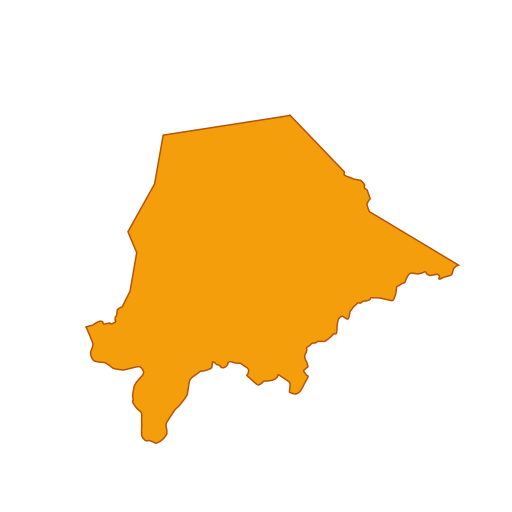 outline of La Virtud, Lempira, Honduras, rotated 71°
{"feature_id": "27666195B16098778662068", "entity_name": "La Virtud", "entity_type": "district", "adm_level": 2, "iso_a3": "HND", "parent_name": "Honduras", "parent_adm1": "Lempira", "projection": "mercator", "projection_center": [-88.659, 14.074], "detail": "fine", "context": "isolated", "style": "filled", "palette": "amber", "viewbox_px": 512, "rotation_deg": 71, "n_neighbors": 0, "source": "geoboundaries", "source_scale": "gbopen_adm2", "svg_char_len": 6123}
<svg xmlns="http://www.w3.org/2000/svg" viewBox="0 0 512 512"><g transform="rotate(71 256 256)"><path d="M330.6,67.5L251.4,134.0L250.8,134.2L249.9,134.4L247.8,134.5L244.1,134.4L243.2,134.2L242.8,134.0L240.9,132.1L240.1,131.1L239.4,129.8L239.1,129.5L238.7,129.4L234.8,129.4L230.3,129.4L229.8,129.5L229.3,129.7L228.3,130.6L227.8,130.9L227.3,131.1L226.7,131.2L226.2,131.2L225.7,131.1L225.4,130.9L224.7,130.3L224.1,130.1L223.3,130.3L222.0,130.7L220.0,131.6L218.6,132.3L215.1,138.5L213.0,140.8L210.2,144.3L209.3,145.2L208.2,146.0L207.6,146.1L207.1,146.0L206.1,145.5L205.4,145.0L133.8,178.1L134.1,178.6L111.5,304.4L154.8,328.4L191.4,369.2L214.0,367.7L248.2,386.5L260.5,399.0L260.5,400.6L260.7,401.8L261.1,403.2L261.8,404.7L266.9,407.2L267.2,407.5L267.5,408.2L267.7,408.6L268.2,409.0L268.7,409.3L269.8,409.8L270.4,410.0L271.0,410.1L271.8,409.9L272.1,410.0L272.4,410.2L272.7,410.6L273.0,412.6L273.2,414.2L273.2,414.9L273.1,415.2L272.9,415.5L272.0,415.9L271.6,416.5L271.2,419.9L271.0,421.3L270.7,422.2L270.4,422.5L270.0,422.6L269.7,422.6L269.3,422.4L268.9,422.3L268.5,422.3L268.1,422.5L267.7,422.9L267.3,423.6L267.0,424.1L266.9,424.8L266.8,426.5L267.1,428.6L267.4,430.1L268.0,431.9L268.2,432.6L267.7,439.8L267.9,439.9L268.2,440.0L269.7,439.6L270.9,439.5L281.5,438.8L284.5,438.7L285.9,438.8L286.7,439.0L289.0,440.4L290.4,441.5L292.0,443.0L293.0,443.6L293.7,443.9L294.5,444.1L296.6,444.5L298.3,444.5L300.0,444.3L301.4,443.8L302.4,443.2L302.9,442.7L303.5,441.9L304.8,439.7L305.9,437.4L307.0,434.7L307.6,433.7L308.9,432.4L311.5,430.4L314.9,428.2L315.6,427.6L316.2,426.8L317.4,424.9L318.8,422.4L320.4,419.0L320.6,418.3L320.8,416.8L321.1,413.9L321.9,405.7L322.1,404.1L322.6,402.5L322.8,402.0L323.3,401.6L324.4,400.9L325.6,400.4L327.1,400.1L328.8,400.0L329.8,400.3L330.5,400.8L331.4,401.7L332.3,402.9L334.3,406.7L336.5,410.3L338.2,412.3L339.0,413.1L339.9,413.8L343.4,415.9L346.9,417.7L348.9,418.5L350.6,418.6L351.5,418.8L352.1,419.1L353.1,419.8L353.8,420.1L354.6,420.1L355.5,420.0L356.9,419.7L358.3,419.3L360.7,418.5L362.7,417.6L363.6,417.1L364.9,416.2L365.6,415.8L366.8,415.5L367.9,415.5L368.9,415.7L372.7,417.1L378.4,419.0L385.6,421.7L388.1,422.4L389.1,422.5L389.9,422.5L391.2,422.2L392.7,421.6L393.9,421.0L394.6,420.4L395.0,419.9L395.3,419.3L395.4,418.8L395.5,417.6L395.9,416.6L396.7,415.6L397.8,414.3L400.5,411.7L400.4,409.7L400.2,408.0L399.8,406.3L399.2,404.6L398.8,403.5L398.3,402.5L397.1,400.6L395.8,398.8L395.0,398.2L393.8,397.7L391.6,397.0L388.6,396.6L387.4,396.4L385.8,395.8L385.0,395.3L384.1,394.4L381.1,390.7L377.2,385.6L375.5,383.4L374.3,381.4L373.1,378.4L371.2,375.1L368.1,370.4L365.4,366.8L364.7,366.2L362.0,364.7L358.6,362.8L355.1,361.1L353.7,360.3L352.0,359.1L351.1,358.1L350.4,356.9L349.6,355.0L348.1,349.7L347.2,347.2L346.9,346.1L346.9,345.5L347.0,345.1L347.5,343.6L347.7,342.5L347.9,340.1L347.8,336.8L347.6,335.6L347.4,334.6L347.2,334.3L346.9,334.0L342.4,331.7L342.0,331.5L341.9,331.3L342.0,331.1L342.2,330.9L343.3,329.9L344.1,329.4L345.3,328.9L345.8,328.5L346.2,328.0L346.8,326.9L347.5,326.2L348.1,325.8L349.4,325.4L350.0,325.1L350.5,324.5L350.8,323.8L351.1,323.0L351.1,322.1L350.9,321.1L350.6,320.1L350.0,319.0L349.6,318.4L348.9,317.8L348.1,317.4L347.6,316.9L347.4,316.3L347.3,315.5L347.5,314.7L347.9,313.9L348.4,313.2L349.5,311.9L350.2,310.7L351.5,308.0L352.0,306.2L352.4,305.6L354.8,303.9L358.5,301.0L359.5,300.4L360.5,300.2L361.6,300.2L362.2,300.4L362.8,300.7L363.8,301.3L364.8,302.1L365.3,302.7L365.8,303.5L366.2,303.5L377.0,297.4L377.9,296.7L378.6,295.9L378.8,295.4L378.8,294.9L378.5,293.3L378.1,291.8L377.7,291.0L377.1,289.9L376.9,289.1L377.1,288.2L377.6,287.0L377.9,286.0L378.5,283.1L378.8,281.0L378.7,279.0L378.5,277.8L377.5,275.5L377.2,275.0L376.9,274.7L375.7,274.0L375.6,273.6L375.8,273.2L376.2,272.8L377.5,271.8L385.4,265.9L386.0,265.6L386.4,265.4L387.0,265.4L387.8,265.4L389.1,265.7L393.9,268.0L395.1,268.5L395.6,268.6L395.8,268.6L396.2,268.2L396.9,267.5L398.1,265.9L399.1,264.2L399.5,262.9L399.4,262.8L399.4,262.1L399.4,261.2L399.0,259.8L398.5,258.8L397.2,256.8L395.0,254.3L391.7,251.0L387.7,246.5L387.1,246.0L386.7,245.9L386.3,245.9L385.0,247.0L383.5,247.6L381.9,248.1L380.1,248.4L379.8,248.1L379.4,247.3L378.5,245.3L378.0,243.5L377.8,243.1L377.5,242.9L377.3,242.8L376.3,242.7L374.0,242.6L372.5,242.7L370.7,243.0L369.5,243.0L368.3,242.9L367.3,242.7L366.1,242.3L365.1,241.7L364.5,241.1L363.5,239.9L362.5,239.1L361.5,238.6L359.8,238.3L359.4,238.0L359.1,237.7L358.7,236.9L358.2,234.7L357.8,233.7L357.0,232.2L356.7,231.2L356.9,230.5L357.3,229.3L357.5,228.4L357.4,227.2L356.9,225.8L356.9,225.1L359.0,219.2L359.1,218.7L358.6,216.8L357.6,213.6L356.5,210.9L355.4,209.0L354.9,208.1L354.9,207.7L354.9,207.3L355.1,206.9L355.6,206.3L355.6,205.9L355.5,205.6L355.4,205.3L354.9,204.9L353.7,204.2L351.7,203.3L348.0,201.9L345.3,200.5L343.4,199.3L342.8,198.8L342.2,198.0L341.5,196.8L341.2,195.9L341.0,194.8L341.1,194.0L341.4,193.6L341.6,193.3L343.5,191.9L345.2,190.5L345.4,190.1L345.5,189.7L344.9,188.8L344.0,188.0L341.6,186.5L339.6,185.5L339.0,185.0L337.7,182.9L335.9,180.7L335.7,180.1L334.7,177.5L333.5,175.0L333.5,174.6L333.5,174.3L334.3,173.4L334.5,172.7L334.4,171.8L333.8,170.6L333.6,169.9L333.8,168.7L334.2,166.9L334.4,166.0L334.5,163.3L334.4,162.8L334.1,162.3L333.8,162.0L333.3,161.6L333.0,161.3L332.9,160.9L333.0,160.5L335.8,152.9L341.9,143.1L342.5,141.9L342.6,141.3L342.5,140.8L341.3,139.4L339.8,138.1L337.8,136.6L337.1,136.1L331.2,133.1L330.8,132.7L330.6,132.3L330.6,131.1L330.5,130.1L329.5,126.8L329.5,126.0L329.7,124.9L329.6,124.1L329.0,123.4L327.7,122.4L326.8,121.7L324.2,118.9L323.6,118.1L323.1,117.3L322.8,116.6L322.6,115.9L322.6,115.2L322.8,114.5L325.8,108.5L326.1,104.9L326.1,103.8L325.9,102.2L325.9,101.6L326.1,101.1L326.3,100.8L326.7,100.6L327.9,100.6L328.8,100.2L329.8,99.4L330.9,98.1L331.1,97.8L331.3,96.8L332.2,90.8L332.4,90.3L333.6,89.5L334.2,89.2L334.6,89.1L335.2,89.2L335.6,89.4L336.0,89.7L336.3,90.2L336.7,90.4L337.0,90.4L337.4,90.3L337.6,90.0L337.7,89.7L337.7,88.6L337.4,86.8L337.3,85.7L337.6,79.1L337.6,77.9L337.5,77.5L337.2,76.9L336.6,76.3L334.8,75.1L333.8,74.4L332.8,73.5L331.9,72.7L331.3,71.3L330.8,70.0L330.6,68.8L330.6,67.5Z" fill="#f59e0b" stroke="#b45309" stroke-width="1.5"/></g></svg>